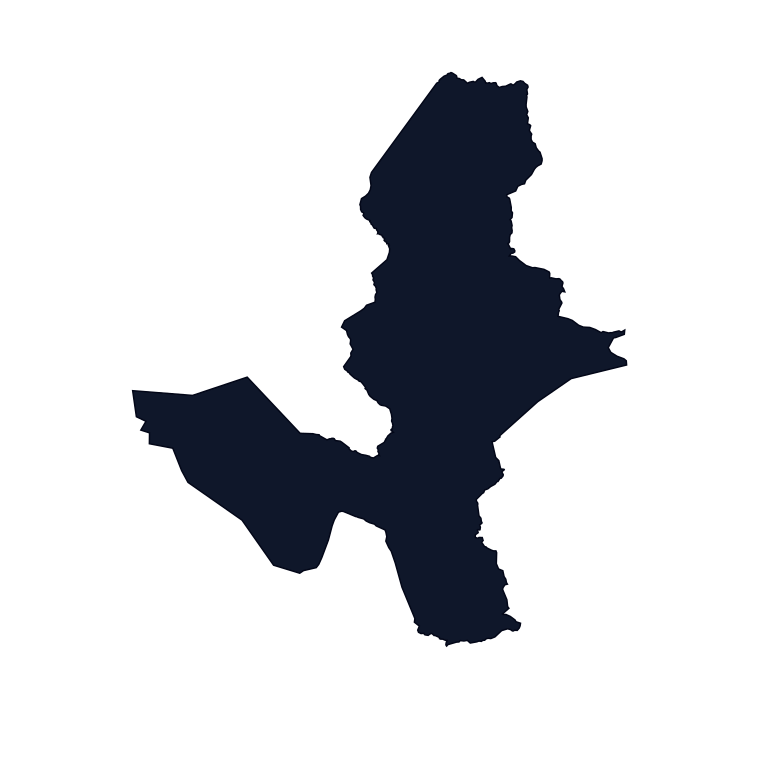 Offinso North, Ashanti, Ghana (Robinson projection), rotated 72°
{"feature_id": "2480657B15542052325310", "entity_name": "Offinso North", "entity_type": "district", "adm_level": 2, "iso_a3": "GHA", "parent_name": "Ghana", "parent_adm1": "Ashanti", "projection": "robinson", "projection_center": [-1.916, 7.28], "detail": "fine", "context": "isolated", "style": "filled", "palette": "ink", "viewbox_px": 768, "rotation_deg": 72, "n_neighbors": 0, "source": "geoboundaries", "source_scale": "gbopen_adm2", "svg_char_len": 6170}
<svg xmlns="http://www.w3.org/2000/svg" viewBox="0 0 768 768"><g transform="rotate(72 384 384)"><path d="M312.7,625.1L338.6,629.6L345.9,621.9L352.7,629.5L358.0,622.1L368.3,625.6L379.8,604.7L403.9,603.2L417.0,600.8L469.6,561.1L522.2,545.0L537.9,522.6L536.6,518.2L537.7,505.2L535.4,501.8L529.9,496.8L515.2,485.1L502.9,477.2L497.9,473.3L491.8,466.9L491.9,463.6L492.6,462.1L501.3,451.9L502.0,450.6L502.8,449.9L506.0,445.0L508.8,443.3L511.5,440.5L514.4,436.3L516.5,435.3L523.1,428.1L525.5,428.0L530.0,428.5L534.0,430.8L541.1,430.0L545.2,428.8L557.6,428.6L582.8,429.7L616.6,427.1L619.9,428.7L625.2,425.2L628.5,428.0L630.8,427.9L632.8,425.9L633.4,423.1L634.8,422.9L635.3,422.4L636.7,419.7L636.0,417.6L635.9,416.1L636.2,415.4L638.7,414.1L638.9,413.2L642.2,409.6L643.3,409.9L644.1,409.0L644.8,407.0L647.0,404.5L647.4,403.2L648.1,403.5L649.1,404.7L650.8,405.6L651.9,405.7L652.6,405.4L651.6,403.8L651.9,394.7L652.5,392.4L651.6,390.8L653.1,387.4L653.6,384.0L657.0,382.0L657.9,375.4L657.8,373.2L658.9,370.8L658.3,369.4L658.8,367.5L657.8,365.2L658.1,363.3L659.1,361.1L658.8,356.6L654.9,348.3L655.0,342.1L656.6,339.6L658.4,338.3L658.8,337.6L658.6,335.8L659.5,333.4L657.9,330.8L656.1,329.3L653.7,328.1L650.9,331.9L648.9,332.3L644.1,335.7L640.9,339.2L640.1,341.8L639.3,342.4L635.9,334.5L633.9,335.2L627.2,333.8L616.1,334.7L614.5,333.8L612.6,331.4L612.3,330.9L612.5,328.5L610.8,328.9L607.3,328.5L604.2,329.3L598.3,328.7L595.3,332.2L589.6,332.7L579.2,329.0L577.3,329.1L576.5,331.5L575.3,333.1L571.9,336.6L570.5,337.3L569.7,338.6L564.9,340.0L564.5,339.9L563.5,338.1L560.4,338.0L559.3,341.1L559.8,342.2L558.2,344.6L555.6,343.7L554.5,340.4L551.6,340.2L551.5,339.6L552.4,338.0L552.2,337.7L550.0,336.6L547.5,336.6L546.8,334.1L546.0,333.6L544.9,333.9L541.6,333.3L538.7,334.4L527.9,332.4L527.3,331.9L526.1,331.7L524.0,332.3L522.3,331.9L518.6,324.7L518.1,322.8L515.9,321.0L515.8,317.6L514.5,314.3L513.6,309.5L512.0,307.1L511.7,306.4L511.9,305.7L509.6,302.8L509.8,301.6L508.2,299.2L507.1,298.6L503.9,299.1L502.7,296.1L502.4,296.1L501.7,297.2L501.3,298.8L499.7,299.2L492.4,298.5L488.3,300.5L472.3,299.1L472.6,296.3L470.4,290.6L470.2,290.0L469.0,290.0L448.3,243.2L436.7,204.3L440.9,147.4L436.8,146.4L434.2,148.0L429.5,153.9L424.0,158.5L418.7,159.5L411.1,151.5L411.4,149.2L411.0,140.1L407.1,138.4L407.8,141.7L407.6,142.6L406.1,144.1L405.6,150.0L405.8,151.0L405.0,153.2L405.1,154.2L401.8,159.5L402.3,161.6L397.5,166.1L393.8,170.8L391.5,176.8L388.3,180.7L381.7,185.3L378.7,188.9L373.4,197.6L369.7,195.8L368.5,194.7L367.0,194.8L362.0,189.8L361.0,189.7L358.0,190.6L353.7,189.8L352.7,189.0L350.8,186.2L352.2,183.6L348.9,183.8L346.2,184.6L343.2,182.6L341.6,182.6L341.1,183.3L338.9,184.0L337.9,185.0L337.1,188.0L334.7,192.1L334.6,193.5L333.3,193.4L330.0,192.2L328.5,192.3L324.4,196.4L319.9,204.4L319.3,206.9L315.2,212.3L308.3,217.1L303.6,219.5L301.8,222.8L300.9,225.3L298.9,222.5L299.4,221.0L298.8,218.9L297.6,218.4L295.5,218.8L294.5,220.8L295.0,221.7L288.7,222.8L288.4,221.5L287.4,220.6L283.2,219.2L280.9,217.8L279.8,215.6L277.7,214.7L274.8,214.3L272.8,213.2L268.2,212.7L266.7,213.4L265.2,210.8L260.9,208.9L258.5,209.5L255.4,208.4L246.8,207.3L245.6,207.6L244.1,209.2L241.9,208.8L241.1,199.1L237.3,195.6L236.7,191.4L237.0,188.5L234.0,186.2L230.4,179.1L226.2,174.6L224.9,172.6L224.0,170.3L223.4,166.6L220.6,164.7L218.5,164.0L211.7,164.0L210.3,164.9L206.4,166.2L202.2,166.0L199.8,168.1L196.8,168.5L193.7,167.5L192.0,166.3L188.6,167.3L187.4,167.2L183.7,164.7L182.5,165.2L180.8,167.1L175.4,164.5L171.9,165.1L169.2,163.0L164.5,163.2L162.1,162.5L155.3,159.4L152.9,159.0L152.8,158.2L152.5,157.9L148.1,157.2L146.1,155.2L144.2,155.1L141.5,157.3L139.2,158.3L137.8,160.6L137.8,164.5L138.9,166.4L139.8,169.0L138.1,170.1L137.7,170.9L138.4,176.3L137.6,179.6L137.6,182.8L135.1,184.4L132.5,184.4L131.9,184.8L131.3,187.0L131.3,189.5L130.0,190.6L129.8,193.0L129.3,193.4L129.1,194.3L127.3,194.2L122.7,196.0L123.3,200.4L125.1,203.6L125.0,204.4L123.8,205.6L123.4,209.6L123.8,211.7L119.4,214.2L118.5,216.5L116.8,217.9L115.7,220.1L113.5,219.8L112.8,220.1L109.3,223.0L108.5,224.1L108.8,225.2L108.6,227.1L108.9,227.9L109.6,228.4L109.8,231.8L111.5,236.2L112.3,237.7L113.8,238.2L114.2,240.9L178.9,330.5L183.1,333.5L191.3,335.0L195.0,337.0L197.8,339.8L199.6,343.5L200.7,348.1L206.0,351.5L207.8,351.4L210.8,352.3L213.4,352.0L214.8,350.5L216.0,350.8L217.2,351.8L220.0,350.8L221.6,349.7L224.2,346.8L225.2,347.4L226.4,346.5L227.7,346.9L229.3,345.9L232.5,345.3L233.1,344.7L233.7,343.2L235.2,343.4L237.1,342.6L237.4,343.0L238.3,343.0L239.1,343.7L239.2,343.1L241.0,341.2L241.2,340.5L242.7,339.7L243.2,340.0L243.7,339.5L244.5,339.6L245.8,338.4L247.4,339.5L249.1,338.7L250.1,337.7L251.5,338.0L252.1,336.2L252.7,336.5L253.3,336.2L253.4,337.0L257.2,336.8L260.5,338.2L266.7,342.8L274.7,361.5L276.5,361.1L277.9,361.5L279.8,361.1L281.6,362.3L283.8,361.7L284.8,361.9L286.4,362.9L288.5,361.9L290.9,361.8L292.0,362.4L294.8,362.5L296.3,364.4L298.6,365.7L300.8,366.1L303.4,367.3L303.7,376.3L305.9,379.4L307.3,383.6L311.7,401.9L316.8,406.8L321.6,403.1L325.6,403.4L328.1,403.1L330.6,402.0L332.4,402.3L335.4,403.8L341.4,402.7L344.3,406.0L347.1,406.7L347.8,407.3L355.0,417.0L357.8,416.8L360.4,414.9L361.5,414.7L362.7,413.5L364.2,413.2L369.1,410.3L371.2,408.4L371.5,407.4L372.7,407.4L373.9,406.5L374.2,405.5L376.3,404.5L381.5,402.6L382.5,403.4L384.5,402.1L389.3,401.7L391.6,400.9L395.5,398.3L397.6,395.9L400.1,395.4L402.4,394.2L403.4,393.1L405.4,389.3L409.3,386.2L415.1,386.3L419.2,387.0L421.5,388.2L425.0,388.0L425.3,388.3L426.5,388.3L427.4,389.2L428.9,389.8L429.4,391.1L429.9,390.8L430.1,391.6L430.4,391.6L430.4,390.8L431.6,390.6L431.8,390.9L432.8,390.1L432.9,392.6L434.6,396.4L436.7,398.7L437.0,399.6L437.9,399.7L438.3,400.6L439.6,401.8L441.3,409.2L442.9,410.2L444.8,409.8L446.3,410.6L448.6,410.2L449.7,411.0L450.6,410.6L450.0,412.2L451.1,416.9L449.5,419.6L448.3,420.1L446.2,423.3L444.1,427.3L440.8,430.7L438.9,431.5L438.5,432.5L438.8,433.2L438.2,435.1L437.3,436.0L434.8,437.3L433.9,436.9L426.2,442.2L424.8,443.4L422.8,447.7L420.7,448.2L419.9,449.2L419.5,450.8L419.7,451.6L419.3,452.8L419.5,455.5L413.1,461.4L412.2,461.4L411.1,464.1L409.3,467.0L405.0,479.0L335.2,512.0L335.7,569.6L312.7,625.1Z" fill="#0f172a" stroke="#020617" stroke-width="1.5"/></g></svg>